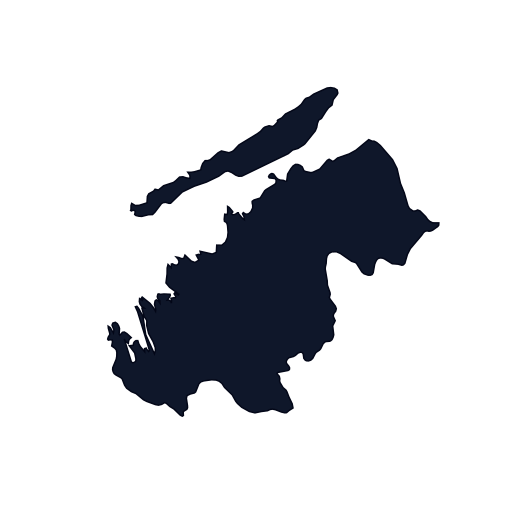 map outline of Kalmar (Robinson projection), rotated 215°
{"feature_id": "SWE-180", "entity_name": "Kalmar", "entity_type": "County", "adm_level": 1, "iso_a3": "SWE", "parent_name": "Sweden", "parent_adm1": "", "projection": "robinson", "projection_center": [16.294, 57.172], "detail": "fine", "context": "isolated", "style": "filled", "palette": "ink", "viewbox_px": 512, "rotation_deg": 215, "n_neighbors": 0, "source": "natural_earth", "source_scale": "10m", "svg_char_len": 6133}
<svg xmlns="http://www.w3.org/2000/svg" viewBox="0 0 512 512"><g transform="rotate(215 256 256)"><path d="M322.6,99.5L324.2,103.1L325.5,104.7L327.2,103.9L328.7,102.4L329.8,102.8L330.5,104.7L330.7,107.8L331.6,108.9L335.5,112.1L336.8,113.7L334.3,113.7L328.6,111.1L330.0,114.0L334.3,116.8L334.8,118.9L333.2,121.0L330.7,121.0L328.1,119.8L326.2,118.3L323.3,113.5L322.1,113.0L321.6,116.9L320.3,118.2L317.3,118.4L311.4,117.6L311.9,115.9L311.9,114.3L311.3,112.7L310.4,111.1L313.6,111.2L316.4,112.5L297.3,97.7L295.9,97.8L294.8,98.8L294.2,100.5L294.6,101.8L295.7,103.2L299.8,107.0L308.3,109.8L305.3,112.5L306.3,114.4L306.4,116.2L305.8,117.8L304.3,118.9L301.6,116.8L298.7,115.4L292.2,113.7L294.2,116.2L293.1,117.6L292.1,116.9L289.2,116.2L289.2,117.6L321.1,142.5L325.7,145.2L324.7,146.5L322.2,145.8L315.1,142.3L313.0,140.7L301.2,128.3L283.1,117.6L284.3,121.0L286.0,123.2L291.1,126.8L299.5,130.9L305.9,136.6L307.9,139.8L309.1,140.9L312.6,142.1L319.5,147.8L317.6,149.2L320.7,149.2L323.3,150.0L325.4,151.7L326.9,154.3L323.7,154.3L323.7,155.7L325.7,155.7L325.7,157.1L315.7,156.4L311.2,155.1L306.5,153.0L307.5,154.8L311.5,158.3L312.9,161.3L312.5,162.9L310.6,163.2L307.4,162.2L308.7,164.1L312.2,164.9L313.6,166.1L314.5,168.5L313.8,169.3L312.4,169.7L309.6,172.1L304.4,175.4L303.6,174.6L303.3,172.8L303.4,168.8L302.2,169.8L300.9,170.1L299.5,169.7L298.2,168.8L299.6,171.1L301.4,172.6L299.2,174.9L298.2,175.4L298.2,176.7L301.4,178.0L301.4,179.3L297.3,179.3L297.3,180.5L308.8,180.8L314.3,182.3L318.5,190.2L321.9,195.2L323.2,198.6L318.8,197.7L320.7,200.9L319.9,201.7L317.8,201.9L315.7,202.9L315.0,205.2L315.8,207.2L317.9,208.7L320.8,209.4L318.3,210.5L315.6,211.1L313.8,212.5L314.7,216.0L306.0,214.7L302.3,215.7L300.4,219.9L305.5,222.5L304.1,224.3L302.6,225.1L302.2,225.9L304.5,227.8L293.0,232.5L290.6,236.2L294.4,242.4L290.2,245.2L289.0,249.8L290.0,254.9L292.4,259.3L296.7,264.5L298.3,265.9L299.9,266.5L301.7,266.3L303.1,267.8L305.6,272.3L303.4,273.4L304.3,275.6L307.7,280.3L305.8,280.4L300.5,279.0L300.2,278.5L300.5,276.7L299.4,276.4L298.4,276.6L296.9,278.2L295.9,280.9L295.3,281.3L294.2,280.5L288.2,279.0L286.3,279.0L288.6,281.5L291.3,282.9L291.3,284.3L288.3,284.4L286.3,286.2L285.6,289.3L286.3,293.4L287.8,295.7L289.5,297.2L290.5,298.6L289.8,300.7L285.8,305.9L286.3,314.4L285.8,316.3L281.7,325.6L281.6,327.3L282.8,329.5L284.7,330.4L289.9,327.6L291.2,328.2L291.5,329.8L291.1,331.5L290.3,332.7L288.6,333.2L284.5,331.8L282.3,331.5L279.9,332.0L276.9,333.7L274.6,334.1L273.9,335.1L277.1,341.3L277.5,347.5L277.3,351.0L276.2,353.7L274.2,355.0L271.7,355.6L269.2,355.5L265.6,353.3L263.7,353.7L258.8,355.8L257.4,357.3L253.6,363.8L252.5,375.3L251.6,377.2L247.3,377.5L246.4,379.4L245.4,383.1L238.2,393.1L234.8,400.0L230.4,416.0L226.7,416.7L225.1,417.8L222.2,418.2L217.5,417.8L199.4,413.2L190.6,408.5L179.3,398.3L170.8,392.8L160.3,384.3L157.5,382.9L153.1,382.9L151.2,384.4L150.0,386.4L147.5,387.0L139.6,385.6L136.4,384.4L133.6,384.0L130.3,384.5L125.2,388.0L124.0,386.1L124.0,384.6L126.1,378.5L127.2,376.7L128.5,375.5L130.3,374.7L131.6,373.3L132.2,371.3L132.2,367.9L133.8,350.6L132.9,344.2L129.9,335.4L130.2,333.3L131.2,332.1L134.9,330.8L140.0,327.8L149.3,327.3L151.2,326.8L153.1,325.7L154.4,324.3L154.9,322.5L154.7,320.0L154.0,317.2L150.4,309.5L150.3,307.4L151.3,305.9L153.1,304.6L157.3,303.4L160.1,303.7L169.2,307.5L170.7,307.7L174.7,306.5L188.3,306.5L192.6,305.6L196.2,302.9L197.8,299.9L197.8,296.9L196.8,294.3L194.2,290.0L192.9,286.8L191.8,285.0L183.5,276.6L180.8,273.1L174.3,268.4L173.2,267.1L172.1,264.0L170.4,263.1L162.2,260.4L160.0,258.9L159.1,256.5L159.2,253.7L158.8,252.0L157.8,250.7L154.0,248.4L153.1,242.7L147.1,236.0L146.2,233.5L145.8,231.1L146.2,229.4L146.7,228.5L150.0,225.7L150.7,222.8L149.8,217.2L150.0,215.3L151.5,211.5L151.5,209.9L150.8,204.6L151.4,202.1L152.8,200.2L154.4,199.2L155.8,198.9L158.1,199.6L161.0,202.7L162.1,203.3L163.4,203.3L164.6,202.5L165.9,200.6L166.7,197.2L167.7,195.1L170.8,191.4L171.1,189.4L170.9,187.5L170.3,186.3L169.2,185.5L165.8,184.5L164.3,183.6L163.5,182.1L164.1,180.6L171.0,173.5L171.6,172.3L171.2,171.6L167.9,170.8L166.0,169.0L165.0,167.2L163.7,166.1L158.4,163.7L154.5,163.3L152.8,162.5L148.2,159.4L141.6,155.7L138.5,152.7L140.3,148.4L141.1,145.2L142.4,144.1L145.6,142.8L152.0,141.2L154.7,140.0L156.4,138.4L157.8,135.9L162.4,131.7L166.9,126.9L172.3,124.8L180.9,123.9L186.6,124.6L189.3,125.4L195.8,128.6L206.4,130.3L210.8,132.1L214.4,132.3L217.5,131.5L221.3,129.2L227.2,123.7L229.0,121.2L229.5,118.6L227.5,110.1L227.9,108.5L230.7,105.2L232.4,102.1L231.5,99.6L226.2,94.0L225.0,92.4L224.7,90.7L226.0,87.7L226.2,86.5L224.0,83.7L224.5,82.5L226.9,82.2L235.6,83.6L240.3,83.3L244.9,83.9L246.7,83.5L248.2,80.3L250.3,77.9L253.1,76.6L262.1,74.2L265.7,73.7L275.3,74.5L280.3,73.4L286.1,73.5L289.5,74.8L295.2,78.6L296.9,78.8L302.4,78.2L304.7,78.3L306.7,79.3L308.3,80.7L309.3,82.4L311.3,91.3L312.5,93.9L314.6,97.1L316.5,98.9L318.8,99.5L322.6,99.5ZM388.0,227.8L383.9,228.1L380.8,230.5L375.8,237.0L379.2,242.6L379.5,245.5L377.1,250.4L377.0,252.8L373.8,254.1L372.0,260.6L365.8,268.9L364.9,271.7L363.9,276.8L361.3,279.0L358.0,280.0L354.7,281.6L355.6,283.2L356.8,284.4L359.9,285.5L357.0,287.5L354.8,289.6L350.6,294.8L351.7,297.2L352.7,301.2L352.4,304.9L350.2,306.5L348.7,308.6L346.3,318.7L344.6,322.2L337.4,325.1L335.5,327.8L334.8,329.6L333.7,337.2L325.1,356.8L323.8,360.6L323.3,365.0L322.7,366.7L320.0,370.2L316.8,371.5L315.9,373.2L315.1,378.4L316.1,379.0L316.1,380.0L314.1,383.9L313.3,389.3L308.3,398.6L306.8,402.6L305.9,406.2L305.9,412.1L305.4,414.0L303.3,416.7L301.6,421.7L294.1,434.4L291.4,436.8L288.0,438.4L284.8,438.6L282.4,436.4L282.1,434.7L282.4,428.4L280.3,423.2L281.6,419.0L281.7,414.3L281.3,406.2L282.6,403.2L281.7,399.8L280.0,396.1L279.2,392.5L280.3,376.0L280.8,374.2L283.3,368.2L286.8,363.8L288.3,358.3L313.4,313.3L315.9,311.4L319.0,310.6L323.6,310.5L327.7,309.6L329.8,307.3L332.3,300.0L339.0,288.1L346.7,277.6L353.1,266.2L356.2,250.2L357.6,249.2L360.8,248.1L362.7,246.4L363.5,244.7L363.9,233.9L364.5,230.6L367.8,228.1L372.3,222.9L374.8,221.4L377.6,220.3L379.2,220.4L380.4,223.2L381.7,223.5L383.0,222.9L383.9,221.4L384.9,221.4L385.0,222.2L387.3,225.6L388.0,227.8Z" fill="#0f172a" stroke="#020617" stroke-width="1.5"/></g></svg>